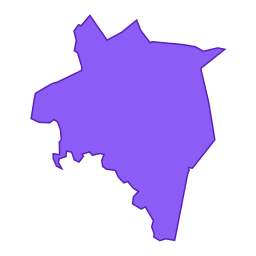 Kanawha, West Virginia, United States of America
{"feature_id": "52423323B76840765500257", "entity_name": "Kanawha", "entity_type": "district", "adm_level": 2, "iso_a3": "USA", "parent_name": "United States of America", "parent_adm1": "West Virginia", "projection": "mercator", "projection_center": [-81.6, 38.297], "detail": "fine", "context": "isolated", "style": "filled", "palette": "violet", "viewbox_px": 256, "rotation_deg": 0, "n_neighbors": 0, "source": "geoboundaries", "source_scale": "gbopen_adm2", "svg_char_len": 1105}
<svg xmlns="http://www.w3.org/2000/svg" viewBox="0 0 256 256"><path d="M214.8,139.7L212.0,122.5L208.7,102.5L201.0,69.6L201.2,68.0L224.8,49.3L217.7,47.9L203.3,51.3L195.5,46.8L183.1,44.6L152.0,41.7L150.3,42.9L146.5,38.0L140.7,30.4L136.7,20.1L121.7,32.3L107.0,40.1L89.9,15.4L81.2,25.7L78.5,24.7L74.0,31.0L76.3,40.4L74.4,50.6L77.6,52.8L81.9,67.2L81.7,70.4L56.1,82.7L55.2,82.6L51.2,84.1L48.5,85.6L40.6,90.3L35.4,93.4L34.3,98.9L31.2,118.6L39.1,122.3L49.5,122.8L53.9,119.6L57.6,121.9L60.4,129.5L61.4,139.5L59.3,142.0L59.6,154.7L53.2,153.7L53.1,158.2L56.5,166.1L61.7,168.7L58.3,162.0L59.3,158.7L66.0,156.6L66.4,151.1L71.6,152.1L74.3,159.8L79.0,162.1L83.3,156.5L82.1,154.2L89.5,151.9L92.4,155.3L99.8,153.5L104.0,154.4L101.7,160.5L102.8,166.6L106.5,169.2L115.2,170.3L118.4,177.2L124.0,182.9L127.7,181.5L133.5,188.4L138.4,191.5L133.5,196.7L132.6,203.8L141.3,209.1L145.3,206.8L153.4,220.6L151.7,226.8L154.3,234.1L153.7,236.9L159.8,240.6L165.7,238.8L174.7,240.3L187.5,174.7L188.3,171.9L189.2,170.2L188.6,169.4L188.5,167.6L192.4,168.2L214.8,139.8L214.8,139.7Z" fill="#8b5cf6" stroke="#5b21b6" stroke-width="1.5"/></svg>